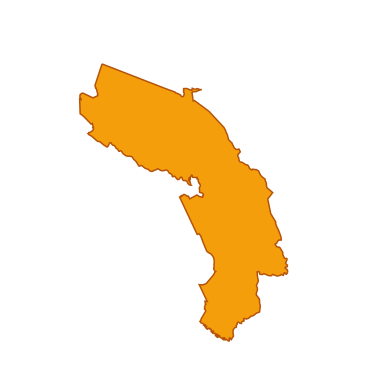 the district of Indrānu pag., Madona, Latvia, rotated 68°
{"feature_id": "27541924B85943558594873", "entity_name": "Indrānu pag.", "entity_type": "district", "adm_level": 2, "iso_a3": "LVA", "parent_name": "Latvia", "parent_adm1": "Madona", "projection": "natural_earth1", "projection_center": [26.773, 56.896], "detail": "fine", "context": "isolated", "style": "filled", "palette": "amber", "viewbox_px": 384, "rotation_deg": 68, "n_neighbors": 0, "source": "geoboundaries", "source_scale": "gbopen_adm2", "svg_char_len": 6039}
<svg xmlns="http://www.w3.org/2000/svg" viewBox="0 0 384 384"><g transform="rotate(68 192 192)"><path d="M110.1,260.0L110.7,258.7L111.5,258.2L115.2,256.3L118.5,253.9L118.5,253.5L118.2,252.8L116.0,250.3L115.6,249.5L116.0,248.8L118.4,248.2L119.0,247.8L119.7,246.7L120.1,246.4L122.2,246.1L123.2,245.8L124.7,244.8L126.2,244.7L126.9,244.5L127.1,244.1L127.0,242.8L127.7,242.1L129.5,241.8L131.2,241.3L133.5,239.8L134.4,238.7L136.1,235.3L136.8,234.4L139.8,233.8L143.1,232.3L147.3,231.7L148.1,231.4L148.3,231.0L148.4,230.6L148.3,229.4L148.8,228.6L152.4,226.6L154.5,224.2L156.9,223.0L157.8,221.6L158.1,220.6L157.7,218.9L158.0,216.8L157.5,215.3L157.8,214.8L160.3,212.9L161.1,211.8L161.3,210.8L161.8,209.6L161.7,208.8L161.9,207.8L162.4,207.0L163.3,206.5L166.0,206.0L167.3,204.8L168.0,204.3L168.7,204.2L170.1,204.4L170.6,204.2L170.8,203.8L170.6,202.8L171.2,202.0L174.5,201.0L175.3,200.4L175.3,199.4L175.2,198.8L174.1,196.9L174.1,196.4L174.8,195.9L176.7,196.1L177.9,195.8L178.4,195.2L178.9,193.9L179.9,192.8L182.8,192.5L183.8,192.1L184.6,191.5L185.0,190.9L185.3,190.3L185.0,190.4L181.4,189.9L181.2,190.1L180.2,189.8L180.1,190.0L180.4,190.2L180.3,190.7L179.3,190.4L179.5,190.2L178.9,190.0L179.6,188.8L178.7,188.4L178.2,189.2L177.5,188.9L177.7,188.3L177.8,188.0L176.2,186.1L176.6,185.6L178.0,185.9L178.7,185.8L180.6,181.7L181.7,182.5L182.6,181.5L183.1,181.7L184.7,182.3L185.8,181.9L186.1,182.3L187.0,181.8L188.7,181.7L189.7,182.2L190.8,183.6L191.3,183.9L192.8,184.1L194.8,185.0L195.5,184.8L196.4,183.3L197.2,182.7L198.8,182.3L199.4,183.4L200.4,183.7L200.3,184.3L200.7,184.4L199.2,186.6L196.6,188.5L197.5,196.7L194.5,196.9L194.2,198.2L193.4,198.3L191.2,200.3L191.4,201.6L192.3,203.1L191.3,203.4L191.9,204.3L192.0,205.4L233.2,203.1L233.4,203.0L233.2,201.2L235.7,200.4L244.2,200.6L252.3,200.5L254.4,199.4L256.0,198.0L257.0,197.5L259.9,196.6L262.3,196.7L265.9,197.8L267.0,198.6L269.3,199.4L271.2,200.6L271.7,200.7L273.4,200.5L274.2,200.3L274.5,199.9L274.8,200.7L276.8,202.9L282.0,212.7L282.2,213.2L282.2,216.8L280.6,220.0L299.3,218.9L298.1,220.9L300.1,221.4L301.2,221.1L301.5,222.0L303.8,223.7L304.4,223.7L304.6,224.0L305.3,224.2L306.1,223.7L307.0,223.8L307.4,223.7L313.1,231.1L314.9,232.3L314.9,233.1L316.4,232.8L320.2,229.6L320.5,230.1L319.9,230.7L320.0,231.0L320.9,230.5L321.6,230.4L321.7,228.9L321.9,228.7L322.8,229.1L322.9,229.5L322.5,230.0L323.1,230.1L324.0,229.5L324.6,229.5L325.0,229.0L324.6,227.6L325.5,227.1L325.5,226.8L325.3,226.5L326.6,226.1L326.5,225.8L326.7,225.7L327.8,226.3L328.0,226.2L328.0,225.8L328.5,225.7L328.7,225.9L328.4,226.3L328.5,226.5L328.9,226.5L329.4,226.1L329.5,225.8L328.9,224.9L328.9,224.4L329.0,224.2L329.4,224.3L329.7,225.0L330.2,225.6L330.6,225.7L331.0,225.5L331.7,223.6L332.0,223.3L332.4,223.3L333.7,224.1L334.2,224.1L334.4,223.5L333.5,222.8L333.3,222.3L333.2,222.0L333.6,221.7L334.4,221.7L335.2,223.1L335.6,223.3L335.9,223.2L336.4,222.6L336.2,221.9L336.4,221.3L335.2,220.9L335.2,220.7L335.4,220.4L337.6,220.2L338.4,219.6L339.0,218.7L339.6,218.9L339.8,218.8L339.8,218.6L338.9,218.2L338.9,217.9L340.8,218.1L340.8,217.6L339.4,216.9L339.3,216.5L339.7,216.4L341.6,216.6L341.5,215.6L341.6,215.3L343.4,214.3L344.1,213.5L343.7,213.0L342.1,212.5L341.3,211.9L341.9,211.4L343.0,211.2L343.6,210.8L342.2,209.2L341.3,207.6L340.8,207.4L337.5,206.6L335.7,205.7L334.6,204.6L334.0,203.6L333.9,201.5L333.5,201.2L332.3,201.0L331.7,199.8L330.4,199.1L330.0,198.5L330.1,197.7L331.5,196.8L332.4,195.7L332.2,195.2L331.4,194.7L330.9,194.1L330.8,193.8L331.1,192.4L331.0,192.1L330.4,191.8L329.4,191.8L328.8,191.4L328.8,190.9L330.1,189.2L330.3,187.1L330.0,185.7L329.3,184.1L329.6,181.1L328.6,178.3L328.5,177.1L328.6,174.7L328.5,174.3L323.1,171.3L320.6,171.0L316.5,169.6L314.7,170.2L313.4,170.3L312.3,170.8L310.9,170.8L309.3,169.8L307.9,168.5L306.6,167.7L305.4,167.4L303.4,167.4L302.6,167.1L299.6,164.0L298.9,163.7L294.0,162.8L291.4,161.8L290.6,161.7L290.8,161.0L290.6,160.1L290.9,159.7L291.8,159.6L293.3,159.9L293.9,159.7L294.9,157.5L294.6,156.3L294.8,155.8L298.1,152.4L299.0,150.9L299.2,150.2L299.3,149.4L298.7,148.5L298.7,148.0L301.8,144.6L302.3,141.6L301.9,140.1L302.1,139.7L303.2,139.0L303.5,138.6L303.3,138.3L301.8,137.1L301.5,136.5L301.9,136.1L303.3,135.7L303.6,135.3L303.3,134.6L302.1,133.4L301.0,132.9L299.9,132.8L299.3,133.0L298.0,133.9L297.1,134.0L296.8,133.8L296.6,133.4L297.0,131.9L296.4,131.3L295.5,131.0L293.8,131.8L292.9,131.8L290.5,129.4L289.5,128.9L289.0,129.2L288.6,130.6L287.9,131.1L284.0,131.2L282.0,130.5L276.6,131.3L275.7,131.9L275.0,133.4L274.6,133.8L272.6,134.5L271.5,134.4L271.2,134.2L271.4,133.6L271.4,133.1L270.8,132.2L269.8,131.2L269.5,130.3L269.1,129.6L270.0,127.2L267.8,126.5L265.3,126.2L259.6,126.1L255.8,126.4L252.5,126.3L251.8,125.8L251.1,125.6L241.6,127.1L226.9,124.4L222.8,117.4L216.1,120.9L214.5,120.7L211.3,119.7L208.5,119.8L207.4,119.4L204.5,121.2L202.3,122.1L197.4,122.4L195.4,124.0L193.5,127.4L194.0,128.2L192.0,129.8L188.7,129.9L187.4,130.8L187.2,131.6L183.5,134.2L182.1,136.1L181.3,136.5L180.2,136.5L178.0,135.9L176.0,136.1L175.3,135.9L174.6,135.6L172.9,132.2L169.9,132.3L169.2,134.9L168.8,135.4L166.8,136.3L163.1,136.6L161.3,136.6L161.0,136.9L156.9,138.5L152.5,137.8L148.8,138.0L147.8,137.8L144.1,138.2L123.5,146.1L108.1,155.5L108.0,156.8L99.7,154.7L99.6,153.0L100.5,150.6L100.3,148.1L100.6,145.2L100.4,145.2L100.2,146.5L99.8,146.5L98.1,148.3L98.1,149.8L97.6,151.1L97.3,151.6L95.9,152.9L97.7,154.1L93.9,158.4L93.0,161.0L94.7,161.8L95.2,161.7L96.1,162.4L97.3,162.2L98.8,162.9L100.0,164.0L100.2,164.3L100.0,165.1L99.4,166.0L97.7,166.3L94.7,169.0L94.7,169.4L94.5,169.7L92.9,170.4L85.4,178.7L40.1,226.9L39.9,227.2L40.0,227.7L40.4,228.1L56.9,242.1L59.6,242.4L59.7,242.0L66.1,242.7L66.3,243.1L67.4,243.4L67.6,248.6L59.5,256.0L59.2,257.2L59.8,258.4L59.5,258.8L61.0,260.1L63.2,260.4L64.1,259.9L64.9,260.3L63.6,261.3L77.6,266.4L79.5,265.1L81.2,264.2L91.3,260.1L91.1,258.7L93.2,259.0L94.3,259.4L94.8,259.3L95.2,259.9L95.9,259.3L97.7,260.8L98.5,263.6L98.5,264.7L98.2,265.4L99.0,265.9L99.0,266.6L100.1,266.2L103.0,263.9L108.6,261.2L109.6,260.5L110.1,260.0Z" fill="#f59e0b" stroke="#b45309" stroke-width="1.5"/></g></svg>